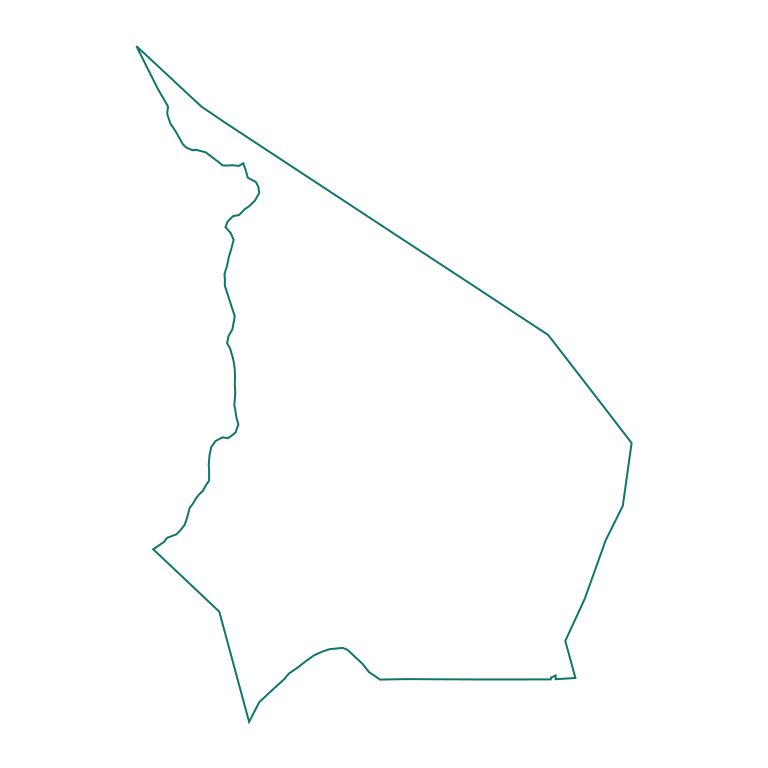 outline of Santo Domingo Tonaltepec, Oaxaca, Mexico
{"feature_id": "50627088B70552877452577", "entity_name": "Santo Domingo Tonaltepec", "entity_type": "district", "adm_level": 2, "iso_a3": "MEX", "parent_name": "Mexico", "parent_adm1": "Oaxaca", "projection": "mercator", "projection_center": [-97.366, 17.615], "detail": "fine", "context": "isolated", "style": "outline", "palette": "teal", "viewbox_px": 768, "rotation_deg": 0, "n_neighbors": 0, "source": "geoboundaries", "source_scale": "gbopen_adm2", "svg_char_len": 1636}
<svg xmlns="http://www.w3.org/2000/svg" viewBox="0 0 768 768"><path d="M631.6,443.0L597.1,398.2L560.6,351.0L548.1,334.9L519.1,315.9L482.2,291.5L404.5,240.6L225.3,122.8L201.3,106.5L150.4,59.1L136.4,46.1L157.8,88.8L168.0,106.5L167.2,113.9L168.7,118.6L170.3,123.3L175.4,131.0L178.6,136.6L182.9,144.3L186.4,147.7L192.4,150.2L196.9,150.0L205.6,152.3L212.3,157.3L218.5,162.0L222.4,165.4L227.3,165.6L232.4,165.2L238.9,165.9L243.2,163.3L245.4,169.1L247.8,177.7L255.8,182.0L258.5,187.1L259.1,193.2L254.8,200.8L249.0,206.3L244.6,209.4L238.9,215.1L233.1,216.1L227.5,221.7L225.5,227.2L230.9,233.3L233.6,239.8L232.4,244.8L230.9,250.3L228.8,257.2L227.1,265.6L224.5,273.9L224.9,279.4L224.8,285.5L228.8,298.0L232.9,310.6L234.8,316.3L232.4,329.3L228.4,336.4L227.1,343.3L230.0,348.2L232.9,358.1L234.0,363.4L234.8,369.6L235.0,378.3L234.8,384.6L235.3,393.1L234.9,398.3L234.3,405.1L235.4,411.0L236.5,417.8L238.4,424.4L235.6,432.4L232.2,435.2L228.1,438.1L222.4,437.4L215.4,441.1L211.3,447.0L209.5,455.2L208.7,465.3L209.1,469.8L209.1,480.7L206.1,484.9L203.0,490.7L198.8,494.7L196.1,498.3L192.6,504.1L189.6,508.0L187.5,516.3L186.2,520.5L184.6,524.9L180.9,529.7L176.7,534.2L167.2,537.8L163.8,542.1L153.2,549.3L161.3,556.9L219.3,611.7L230.7,653.8L249.1,721.9L259.3,702.1L274.8,687.7L284.2,679.2L288.8,673.6L298.2,667.2L304.7,662.0L313.9,655.4L322.6,651.5L329.0,649.3L334.7,648.7L342.7,647.9L347.6,649.8L355.1,657.0L362.4,663.7L369.1,672.2L374.1,675.4L379.9,679.6L405.8,679.1L485.1,679.5L550.7,679.4L551.0,677.6L555.6,675.5L555.7,679.2L575.4,678.0L565.3,640.9L584.7,598.9L605.7,540.3L622.8,505.8L631.6,443.0Z" fill="none" stroke="#0f766e" stroke-width="2"/></svg>